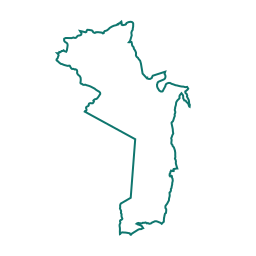 outline of San Lorenzo Victoria, Oaxaca, Mexico, rotated 354°
{"feature_id": "50627088B509896557261", "entity_name": "San Lorenzo Victoria", "entity_type": "district", "adm_level": 2, "iso_a3": "MEX", "parent_name": "Mexico", "parent_adm1": "Oaxaca", "projection": "natural_earth1", "projection_center": [-98.123, 17.625], "detail": "fine", "context": "isolated", "style": "outline", "palette": "teal", "viewbox_px": 256, "rotation_deg": 354, "n_neighbors": 0, "source": "geoboundaries", "source_scale": "gbopen_adm2", "svg_char_len": 5779}
<svg xmlns="http://www.w3.org/2000/svg" viewBox="0 0 256 256"><g transform="rotate(354 128 128)"><path d="M132.5,21.5L131.4,22.2L131.0,23.0L129.9,23.0L129.7,23.1L129.2,23.9L128.4,23.6L127.7,24.4L124.6,24.8L122.5,25.5L120.2,26.6L119.2,27.5L117.5,28.6L116.2,29.0L114.9,29.2L114.3,29.9L113.7,30.7L113.7,31.1L113.3,31.2L112.9,31.3L112.7,31.1L112.4,30.6L112.1,30.5L111.5,30.4L111.1,30.1L110.5,30.1L109.0,29.7L107.6,29.5L107.2,29.4L106.8,29.6L106.4,29.5L106.1,29.4L105.0,30.0L103.6,29.3L103.3,28.9L103.1,28.1L102.8,27.9L102.2,27.1L101.6,27.0L101.1,26.8L100.4,26.7L99.4,26.3L98.5,26.3L98.1,26.1L97.8,26.1L97.5,26.4L96.8,27.4L96.6,28.1L95.8,28.4L92.9,27.3L90.4,26.5L91.0,27.8L91.4,28.3L91.6,28.9L91.4,29.7L91.2,30.3L90.5,30.7L89.6,30.9L88.2,30.9L87.2,31.4L86.9,31.8L85.7,32.8L84.9,32.9L83.7,32.6L83.2,32.3L81.2,32.7L77.4,32.2L75.4,32.0L73.9,32.5L73.6,33.8L73.8,35.0L74.5,35.9L75.8,36.9L76.3,37.5L76.6,38.3L76.6,39.5L76.0,41.9L75.8,42.5L75.5,43.7L75.2,44.6L74.5,45.7L72.6,44.8L72.1,44.0L70.9,44.6L70.0,44.5L68.7,45.5L67.6,45.2L67.2,46.1L66.2,46.3L65.4,46.2L66.3,47.4L66.6,48.5L65.8,50.0L65.2,51.4L64.2,52.2L64.0,53.0L64.9,54.2L65.4,54.4L66.0,55.3L67.8,57.1L69.0,57.5L71.0,58.6L74.1,59.8L74.6,59.9L75.4,59.9L76.0,59.8L76.6,60.0L77.0,61.1L77.8,62.7L78.5,63.4L80.0,63.5L81.3,64.3L81.8,64.1L82.4,64.4L83.0,64.8L83.3,65.4L83.4,66.8L83.1,67.9L83.6,69.3L84.4,70.4L85.1,70.9L85.6,71.7L86.1,73.0L86.1,74.6L85.9,76.2L85.4,78.1L85.6,78.7L86.1,79.1L86.8,79.3L87.3,79.9L87.9,80.3L88.7,80.5L90.2,80.5L91.0,81.0L93.3,81.9L95.1,82.8L99.0,85.4L99.8,86.3L101.5,87.7L102.8,88.6L103.3,89.1L103.9,89.9L104.0,90.6L103.9,91.3L102.0,93.7L100.8,95.0L99.9,95.7L99.0,95.9L98.3,95.9L97.6,96.2L96.8,96.7L96.4,97.2L96.9,97.9L96.3,99.0L95.5,99.7L94.1,99.6L93.0,99.3L91.8,99.7L91.3,100.6L91.3,101.4L90.9,101.9L89.0,102.6L88.5,103.1L88.4,104.1L88.7,105.3L88.5,106.1L87.9,106.7L87.2,106.6L86.7,107.2L134.0,139.9L123.4,197.7L112.9,202.4L112.1,203.9L112.0,205.4L111.9,206.3L111.6,207.0L112.0,208.5L112.3,209.1L112.4,209.7L112.4,210.6L112.1,211.5L112.2,212.3L112.6,212.9L112.6,213.2L112.3,215.0L112.5,216.2L112.8,217.1L112.9,217.7L112.6,218.1L112.2,218.4L111.7,218.7L111.2,218.7L110.5,219.2L110.3,220.1L110.5,220.9L110.5,221.5L109.5,223.4L109.4,224.3L109.4,225.4L109.5,226.5L109.4,227.8L109.1,230.0L108.9,232.7L109.2,232.6L109.5,232.0L110.3,231.5L111.4,231.2L113.5,231.6L114.4,231.7L116.0,232.1L118.7,232.9L119.2,234.1L119.4,234.4L119.7,234.5L120.9,233.4L121.4,233.1L121.8,233.0L122.7,232.5L124.2,231.8L127.2,230.3L128.3,229.9L129.1,229.8L129.8,229.9L130.8,229.9L131.4,229.5L132.6,229.2L131.5,227.0L130.7,226.4L129.3,225.6L127.4,224.8L127.2,224.4L126.6,224.1L127.2,223.7L128.5,223.5L129.5,223.9L131.5,224.3L132.3,224.1L132.8,223.8L134.2,224.0L135.7,223.8L136.7,224.8L137.3,224.8L137.8,224.6L138.8,225.3L139.6,225.5L141.1,225.2L142.1,224.5L143.5,224.1L144.9,223.6L146.4,223.7L147.6,224.2L149.6,225.3L150.4,225.7L151.5,226.8L152.7,225.7L153.7,225.1L153.9,224.5L154.2,222.3L154.4,221.7L154.4,221.2L154.8,220.3L155.0,219.3L155.3,218.7L155.5,217.8L155.9,217.0L156.9,216.4L157.4,214.1L157.5,212.7L156.9,211.6L156.9,210.4L157.2,209.3L158.2,208.2L159.1,207.3L159.7,206.3L161.1,204.3L161.3,203.4L161.5,202.2L161.9,201.3L162.4,199.8L162.5,198.0L162.5,196.7L162.8,196.3L163.5,195.9L164.1,194.9L164.3,193.1L165.0,192.2L165.3,190.9L166.1,188.5L166.2,187.4L167.0,185.2L167.0,183.0L166.5,181.8L166.6,181.2L166.6,180.4L166.0,179.9L165.3,179.9L164.8,180.4L164.4,179.8L164.6,178.1L165.1,177.6L165.5,176.6L165.5,176.3L166.4,174.9L166.8,175.2L167.4,175.4L168.9,175.6L169.2,174.4L168.8,174.1L169.1,173.6L169.9,173.6L170.5,173.4L171.2,173.5L171.9,173.3L172.8,173.4L172.1,169.8L171.9,168.4L171.9,167.7L172.2,166.0L171.9,164.2L171.5,163.6L171.5,163.0L171.9,162.4L172.1,161.4L172.1,160.5L172.4,157.6L172.3,155.2L171.6,152.1L170.5,150.5L170.4,149.9L170.4,149.5L169.5,148.1L169.6,147.0L170.1,144.7L170.1,143.9L169.9,143.0L170.0,142.5L170.5,141.7L171.4,139.7L172.4,138.3L172.3,135.8L172.4,133.9L172.2,131.8L171.8,128.0L171.9,127.2L172.5,126.6L173.3,126.1L174.0,124.8L174.9,122.6L175.8,120.9L175.8,119.2L176.6,117.8L176.7,116.5L176.4,115.2L176.5,114.4L176.9,113.6L176.9,112.9L177.4,111.6L178.0,110.2L178.6,107.6L179.1,106.8L180.3,105.4L181.2,104.8L181.8,104.3L182.4,103.7L182.4,102.3L182.6,101.5L182.9,100.9L183.8,100.0L184.8,99.0L186.0,101.0L186.2,102.0L186.0,104.2L186.9,106.5L187.6,106.6L188.2,106.9L189.0,108.4L189.6,109.0L189.9,109.4L190.5,110.2L190.7,111.2L191.1,113.0L191.5,113.3L191.9,111.4L191.5,110.5L191.4,109.7L191.4,108.8L191.5,107.7L191.2,106.1L189.9,102.9L190.3,102.0L190.1,101.1L189.8,100.1L189.0,99.5L188.7,98.3L188.8,97.6L189.5,97.3L190.3,96.6L191.0,96.3L192.0,95.2L191.1,93.3L189.7,93.4L188.8,93.2L187.4,92.6L185.8,92.4L183.8,91.8L180.9,90.7L180.2,90.6L179.1,90.1L177.8,89.4L176.1,88.7L174.5,87.6L172.9,87.4L171.5,87.8L170.5,88.3L169.7,89.6L169.4,90.6L169.1,90.9L168.4,92.0L168.0,92.5L166.3,95.1L165.6,95.3L164.2,95.0L163.0,94.0L161.6,91.1L161.3,89.8L161.4,87.8L161.9,86.9L162.1,86.2L162.9,85.3L164.0,84.9L168.4,83.6L169.4,83.1L170.0,82.5L170.4,81.7L170.7,80.5L170.6,79.4L170.0,78.0L170.9,75.9L158.1,78.6L157.7,79.1L156.8,80.8L155.1,81.5L153.9,81.4L152.2,80.7L152.3,79.9L151.6,80.0L148.2,75.4L147.6,65.3L147.1,62.4L146.5,61.5L146.0,60.9L145.2,59.2L144.4,58.5L144.0,58.0L143.8,57.6L143.5,56.6L143.5,56.3L143.7,55.3L143.8,54.4L143.8,53.7L143.2,51.8L142.5,50.4L142.3,50.2L142.1,49.5L142.1,48.6L141.9,48.0L140.9,46.7L140.7,45.6L140.7,44.1L140.4,42.8L139.9,42.7L139.4,42.7L138.4,42.9L137.9,42.8L139.2,41.5L141.4,36.2L141.3,34.8L141.3,33.6L141.9,32.1L142.9,30.9L143.2,29.3L143.7,27.8L144.1,24.8L143.9,24.0L143.4,23.3L142.8,23.0L142.0,22.7L141.2,22.6L140.9,22.7L140.0,22.7L139.4,22.8L137.7,23.4L137.1,23.9L136.9,24.5L136.4,24.9L133.7,25.2L132.6,24.7L132.6,23.7L132.6,22.3L132.5,21.5Z" fill="none" stroke="#0f766e" stroke-width="2"/></g></svg>